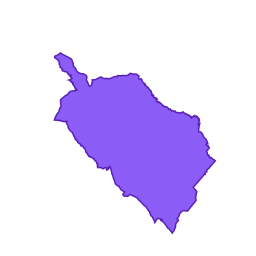 outline of Bogati, Arges, Romania, rotated 311°
{"feature_id": "2599482B4479215659380", "entity_name": "Bogati", "entity_type": "district", "adm_level": 2, "iso_a3": "ROU", "parent_name": "Romania", "parent_adm1": "Arges", "projection": "albers", "projection_center": [25.17, 44.885], "detail": "fine", "context": "isolated", "style": "filled", "palette": "violet", "viewbox_px": 256, "rotation_deg": 311, "n_neighbors": 0, "source": "geoboundaries", "source_scale": "gbopen_adm2", "svg_char_len": 5834}
<svg xmlns="http://www.w3.org/2000/svg" viewBox="0 0 256 256"><g transform="rotate(311 128 128)"><path d="M168.7,198.2L169.9,196.2L170.7,194.1L171.0,190.4L172.0,189.1L172.7,186.8L172.8,185.7L171.9,184.4L171.6,183.7L174.2,181.6L178.4,179.2L176.8,178.6L180.9,176.8L181.0,176.4L180.5,176.1L180.4,175.7L180.6,175.5L181.7,175.3L181.8,174.1L181.6,173.9L181.4,173.2L182.0,172.7L181.6,172.4L181.7,171.9L181.0,171.8L181.3,170.3L180.4,170.5L180.1,170.0L180.1,169.7L179.1,169.7L178.4,168.7L178.0,169.4L177.3,169.3L177.0,169.0L177.8,167.5L177.7,167.1L177.3,167.1L177.2,166.6L177.5,165.7L177.8,165.4L176.8,164.7L176.8,164.3L177.1,163.9L177.1,163.5L176.8,162.6L176.3,162.4L176.2,161.7L176.5,161.0L175.7,159.7L175.7,159.2L176.1,159.0L175.2,158.4L174.2,158.3L173.5,157.3L173.1,157.3L173.1,156.3L172.4,155.9L172.2,155.2L171.9,155.1L171.2,153.8L171.1,153.6L171.8,152.7L171.2,151.8L170.4,151.3L170.5,150.5L170.3,150.0L169.4,149.6L170.1,147.5L169.6,146.9L168.8,146.8L168.7,146.5L168.8,146.0L169.3,145.5L169.4,143.4L168.6,142.9L168.7,141.9L168.4,141.4L167.9,141.4L167.5,140.4L168.1,139.7L167.8,139.3L167.8,138.7L168.1,138.2L168.2,137.5L167.8,135.8L168.2,135.2L167.7,134.8L167.9,134.0L166.9,133.6L166.7,133.2L166.8,132.5L167.3,132.4L167.2,131.9L167.5,131.6L167.6,131.2L168.8,131.2L168.7,130.9L168.2,130.6L168.3,130.4L169.2,130.1L169.1,129.6L168.8,129.4L168.7,128.4L167.9,127.8L167.9,127.3L168.5,126.8L168.3,126.3L168.5,125.8L168.9,125.6L169.3,125.8L169.5,125.1L168.5,124.3L169.0,123.6L169.7,123.4L170.2,122.1L171.0,121.4L171.0,119.7L171.7,116.8L171.2,116.3L171.9,115.3L171.4,114.4L171.2,112.8L172.0,112.9L172.1,112.5L172.5,112.1L172.6,111.7L172.3,111.2L172.3,110.7L171.9,110.0L172.2,109.8L172.7,107.4L173.3,107.2L173.8,105.8L173.7,105.4L172.7,105.3L172.3,103.8L172.4,103.5L174.5,102.1L174.3,101.0L174.3,99.2L172.7,97.2L171.9,96.8L171.8,96.5L171.9,95.8L171.2,94.9L170.7,93.8L167.9,93.4L165.5,91.4L164.2,89.5L162.5,88.1L160.8,85.8L159.8,86.2L158.4,84.4L154.1,82.3L152.9,81.5L151.3,79.2L150.5,78.7L148.9,75.8L149.0,74.6L148.3,73.7L143.1,71.7L140.8,69.4L140.1,70.2L136.2,72.6L134.2,71.5L134.3,71.0L136.3,66.9L136.7,65.5L137.5,64.6L139.2,63.8L139.9,63.0L140.2,61.7L140.1,60.7L139.4,58.3L138.6,57.6L138.3,56.9L137.8,56.4L137.8,55.8L137.3,54.5L137.4,52.0L137.6,51.1L138.4,49.7L138.7,48.7L138.7,47.1L139.3,45.7L140.9,44.2L142.0,41.8L143.0,40.2L142.2,37.1L142.1,36.0L140.4,29.3L140.4,27.9L135.9,26.7L135.0,26.0L134.0,25.7L133.4,26.0L133.0,26.7L133.1,28.0L133.4,28.7L133.4,29.6L133.6,30.0L133.3,30.7L133.0,31.0L133.0,31.8L132.1,33.7L131.3,33.9L130.8,34.6L130.4,36.2L129.2,37.0L129.3,37.4L129.6,37.9L129.7,39.0L128.5,40.2L128.8,40.7L128.2,41.2L128.9,42.3L129.0,43.4L130.2,44.8L130.2,45.7L129.9,46.0L129.5,46.9L129.9,47.5L129.3,48.1L129.3,49.5L129.6,49.9L130.4,50.1L130.6,50.7L128.9,50.9L128.8,53.1L127.1,52.8L125.6,52.0L126.4,53.3L126.2,53.7L125.8,53.5L125.5,53.6L125.5,54.7L125.4,55.3L126.1,56.0L126.1,57.2L125.7,57.2L125.4,56.8L124.6,58.0L124.5,60.2L124.0,60.6L123.4,61.6L123.5,62.0L123.3,62.5L123.5,62.6L123.5,62.9L123.2,63.1L123.4,63.6L123.0,64.0L123.3,64.5L123.1,64.7L122.7,64.1L121.4,63.3L121.0,63.6L120.3,62.5L118.2,60.8L117.5,60.4L115.9,60.1L115.1,60.4L112.8,60.3L112.5,59.9L111.8,59.6L105.5,58.6L104.3,59.0L103.4,60.3L102.6,60.7L100.9,62.8L99.8,63.5L98.8,63.4L96.4,64.3L94.6,65.3L92.8,65.2L89.0,65.9L85.7,67.2L88.2,70.6L88.6,71.5L88.8,71.4L89.1,72.0L90.6,75.3L91.0,75.4L91.6,76.4L92.9,77.4L91.6,78.0L90.7,79.8L90.5,81.1L89.1,82.5L88.2,85.1L88.1,87.9L88.0,88.1L88.2,88.9L86.4,92.3L86.6,92.5L86.2,93.1L86.2,93.7L85.5,94.1L85.6,95.3L84.8,95.8L84.9,97.0L85.1,97.4L84.9,97.6L85.0,97.8L84.9,98.4L84.1,99.6L84.4,100.0L84.2,101.5L84.5,101.9L84.5,102.3L84.2,103.4L84.4,104.1L83.9,104.2L84.2,104.7L84.0,104.8L84.3,105.1L84.4,106.1L83.9,108.1L84.4,108.5L83.6,109.7L83.4,110.6L82.0,112.4L82.3,113.1L81.4,115.1L81.6,115.5L81.3,115.8L80.9,117.0L81.0,117.3L81.4,117.4L81.5,118.3L81.3,118.3L81.3,118.7L82.0,120.4L82.2,121.2L82.1,122.2L82.6,122.8L81.9,123.3L81.6,124.7L82.0,125.7L81.4,126.8L80.7,127.7L81.1,128.1L81.1,128.6L80.6,129.1L79.9,129.2L79.6,129.8L78.7,130.2L78.3,131.2L80.6,133.9L80.7,134.6L80.5,135.0L81.2,136.3L82.1,136.3L83.2,136.8L84.0,137.6L84.2,138.0L83.8,138.4L82.7,138.6L82.3,139.6L83.8,140.1L86.6,139.1L87.0,139.2L85.9,141.1L86.4,141.3L82.5,146.5L82.5,147.0L80.3,150.4L78.3,154.3L78.1,154.6L77.7,154.7L77.4,156.6L77.8,157.3L77.6,159.0L77.8,159.5L78.0,159.6L76.9,162.7L76.8,163.7L77.2,165.6L77.2,167.2L77.4,167.5L74.6,167.6L74.3,168.6L74.0,168.7L74.0,169.7L75.1,171.0L75.2,171.4L76.1,172.2L76.2,172.7L79.1,173.0L81.2,180.3L80.9,182.6L80.7,183.1L80.7,185.6L80.4,188.1L80.2,190.7L80.1,191.2L80.3,192.6L79.8,195.4L79.0,197.8L79.0,199.0L76.9,202.6L76.8,203.9L77.0,204.8L76.8,205.4L76.1,206.3L75.4,208.3L74.2,210.3L75.7,210.2L77.1,209.6L79.8,209.9L79.8,210.7L79.9,211.1L80.4,211.5L80.5,212.1L80.4,212.9L79.8,213.1L79.8,213.6L80.9,213.3L81.4,213.4L80.4,214.7L80.1,215.5L80.1,217.8L79.5,220.2L79.4,221.5L79.0,222.1L78.5,223.5L78.9,224.9L78.3,226.7L78.3,228.3L77.7,230.3L80.6,230.1L84.6,228.7L87.1,226.8L88.2,226.9L89.6,226.6L91.3,226.8L91.8,225.9L91.6,224.5L94.4,224.4L97.4,223.2L100.1,223.3L101.7,223.8L102.2,224.3L103.1,225.7L103.7,225.9L104.3,227.4L118.0,226.9L120.3,224.2L122.3,223.4L122.3,223.1L122.9,222.6L124.8,222.0L125.6,220.0L125.7,217.2L126.0,216.2L141.5,216.1L143.1,215.9L143.6,216.7L144.7,215.6L145.6,215.6L146.3,216.1L146.9,216.1L147.9,215.0L150.7,215.5L152.1,215.5L152.4,215.0L153.7,215.4L160.5,215.4L160.5,213.9L160.1,212.8L160.2,210.2L160.0,209.7L159.5,209.7L159.3,209.3L159.8,209.1L159.8,208.7L159.4,208.6L159.8,207.4L160.3,207.2L160.4,206.9L160.5,206.5L160.0,206.2L160.1,205.7L160.9,204.2L161.3,204.1L162.0,202.4L163.6,202.5L166.4,202.3L166.5,201.7L166.2,201.6L166.3,201.3L166.6,201.4L167.1,200.4L166.8,199.9L167.1,199.7L167.1,199.1L166.7,198.8L166.6,197.8L168.4,197.4L168.7,198.2Z" fill="#8b5cf6" stroke="#5b21b6" stroke-width="1.5"/></g></svg>